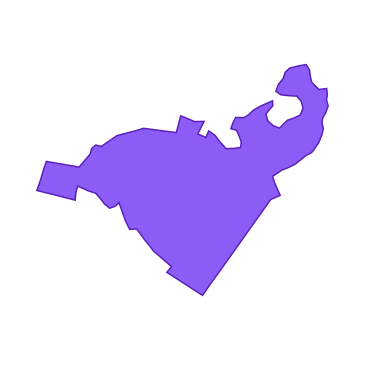 the district of Barra Bonita, Santa Catarina, Brazil, rotated 259°
{"feature_id": "56859067B80116174386319", "entity_name": "Barra Bonita", "entity_type": "district", "adm_level": 2, "iso_a3": "BRA", "parent_name": "Brazil", "parent_adm1": "Santa Catarina", "projection": "robinson", "projection_center": [-53.408, -26.665], "detail": "fine", "context": "isolated", "style": "filled", "palette": "violet", "viewbox_px": 384, "rotation_deg": 259, "n_neighbors": 0, "source": "geoboundaries", "source_scale": "gbopen_adm2", "svg_char_len": 1452}
<svg xmlns="http://www.w3.org/2000/svg" viewBox="0 0 384 384"><g transform="rotate(259 192 192)"><path d="M206.3,75.8L213.0,77.7L219.6,80.8L216.7,85.1L212.7,90.7L209.2,97.2L203.8,100.3L196.8,103.9L191.8,108.1L192.7,114.0L195.5,118.3L176.4,121.2L167.3,123.6L166.2,130.7L154.5,136.2L140.9,143.3L122.8,157.6L117.9,152.0L88.5,182.6L98.8,193.2L109.4,204.5L118.2,213.8L169.6,267.8L171.9,277.9L185.1,274.9L192.0,274.1L194.1,279.2L196.3,284.2L197.4,290.5L199.6,298.5L202.7,304.6L205.8,310.2L207.9,317.0L211.7,321.2L216.6,326.1L223.2,330.3L229.1,333.0L235.2,332.8L239.8,334.5L244.4,338.5L250.5,342.1L257.0,341.6L261.4,343.4L267.9,344.0L268.4,336.2L276.8,330.5L283.2,330.2L289.4,330.7L295.3,328.4L295.5,321.6L295.0,311.4L291.7,306.3L286.2,303.3L281.2,297.4L274.8,293.5L270.4,297.9L267.9,306.0L266.1,313.2L260.2,316.5L253.1,317.0L246.9,312.9L245.1,305.7L244.3,299.4L241.3,294.9L238.0,290.1L241.8,284.2L247.5,280.0L254.4,279.4L258.0,283.6L261.2,287.8L266.1,288.4L264.5,280.9L263.2,275.6L260.7,268.1L257.0,262.2L255.1,257.1L256.9,249.1L251.6,245.1L246.7,242.2L244.1,247.4L239.0,248.7L231.6,249.9L226.5,248.1L226.8,241.5L228.0,233.8L236.2,228.9L243.3,225.4L248.8,220.0L242.9,216.1L247.9,208.7L259.0,217.4L260.7,207.8L265.0,201.6L268.9,195.5L253.3,187.9L263.8,156.5L263.0,149.9L261.7,129.2L254.1,111.7L256.5,106.5L253.8,101.8L248.8,99.4L238.0,85.9L249.8,54.9L242.8,50.8L232.9,45.7L223.1,40.0L206.3,75.8Z" fill="#8b5cf6" stroke="#5b21b6" stroke-width="1.5"/></g></svg>